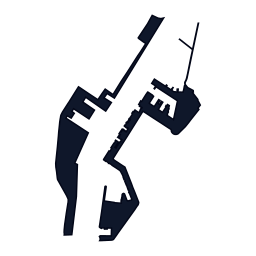 Police Department Port Said Port, Bur Sa`id, Egypt
{"feature_id": "37247803B70757387881176", "entity_name": "Police Department Port Said Port", "entity_type": "district", "adm_level": 2, "iso_a3": "EGY", "parent_name": "Egypt", "parent_adm1": "Bur Sa`id", "projection": "robinson", "projection_center": [32.315, 31.253], "detail": "fine", "context": "isolated", "style": "filled", "palette": "ink", "viewbox_px": 256, "rotation_deg": 0, "n_neighbors": 0, "source": "geoboundaries", "source_scale": "gbopen_adm2", "svg_char_len": 5717}
<svg xmlns="http://www.w3.org/2000/svg" viewBox="0 0 256 256"><path d="M185.3,126.7L188.7,122.5L190.4,120.2L198.9,109.5L198.0,108.1L200.3,105.1L197.9,100.5L197.8,99.4L192.5,92.6L193.0,91.7L193.3,91.8L193.2,90.5L191.0,89.3L187.7,87.6L185.5,84.8L185.3,84.4L185.2,84.1L185.1,83.7L185.1,83.3L185.1,82.8L185.3,82.2L186.3,80.1L186.6,79.4L187.0,78.2L188.0,73.4L192.2,53.1L198.5,23.2L198.2,23.2L192.6,49.4L179.6,39.2L179.5,39.3L192.6,49.6L190.6,58.8L187.7,73.3L186.6,78.1L186.1,79.7L185.6,80.8L185.0,81.9L184.8,82.5L184.8,83.0L184.8,83.5L184.9,84.0L185.1,84.6L184.4,85.9L183.8,89.2L183.4,90.9L182.9,92.2L177.8,92.0L177.8,90.4L178.1,90.4L178.2,89.1L177.2,89.1L177.1,90.3L177.6,90.4L177.5,92.0L173.7,91.7L171.7,90.3L172.4,89.1L172.2,89.0L173.1,87.6L172.9,87.5L172.1,88.8L171.8,88.7L171.1,89.9L166.3,86.7L167.0,85.5L166.4,85.0L165.5,86.3L154.4,79.1L151.7,83.4L155.7,86.0L154.1,88.5L154.6,88.9L156.0,86.8L159.4,89.0L177.5,100.8L173.5,119.6L167.2,115.4L168.0,111.8L168.3,111.9L168.3,111.7L168.0,111.6L168.5,109.2L168.8,109.3L168.9,109.0L168.6,109.0L169.3,105.6L167.5,104.5L166.7,105.9L166.1,105.5L165.6,106.4L166.1,106.9L162.5,112.4L158.3,109.5L162.8,102.2L161.4,101.3L159.5,104.5L158.1,103.5L160.0,100.4L158.7,99.6L156.1,103.7L154.2,106.6L149.3,103.4L149.3,103.1L153.6,96.4L153.5,96.1L152.6,95.6L152.5,95.1L147.8,92.0L147.7,92.0L145.7,94.9L141.6,101.5L140.7,100.9L138.7,104.5L139.9,105.2L139.4,106.2L141.3,107.4L141.7,107.3L142.0,107.7L141.6,108.4L141.1,108.2L140.0,110.2L140.2,110.5L138.9,112.6L136.6,111.2L135.0,110.0L134.4,111.1L134.2,111.0L133.8,111.7L134.1,111.9L134.0,112.1L133.0,111.6L131.9,113.2L132.6,113.8L130.5,117.2L130.4,117.2L129.6,118.4L130.4,119.2L130.3,119.4L129.1,118.7L128.8,119.1L129.9,120.4L129.6,120.8L128.6,120.2L127.5,121.7L128.3,122.4L127.9,122.9L126.5,122.2L126.0,123.0L126.5,123.5L125.1,125.8L124.8,125.6L124.7,125.4L124.4,125.8L124.6,125.9L125.0,126.0L124.7,126.5L125.7,127.1L125.7,127.3L127.3,128.4L127.6,128.3L127.8,127.9L128.2,128.1L128.2,128.5L126.1,131.9L124.7,131.0L124.8,130.8L125.0,130.8L125.1,130.7L124.5,130.3L124.4,130.5L124.6,130.6L124.4,130.8L123.3,130.2L123.7,129.6L123.0,129.1L122.8,129.5L123.2,129.8L123.1,130.0L122.6,129.6L122.4,129.8L122.5,129.9L122.2,130.4L121.9,130.2L122.3,129.5L122.0,129.3L121.1,130.7L121.4,130.9L121.8,130.4L122.0,130.6L121.2,131.8L120.5,131.4L119.0,133.8L120.2,134.6L119.3,135.8L119.1,135.6L118.9,136.0L118.7,135.9L118.4,136.3L119.6,137.0L119.1,137.7L118.0,137.0L117.7,137.3L121.3,139.7L121.6,139.3L121.9,139.5L119.9,142.4L119.6,142.2L116.1,148.1L114.8,147.3L118.2,142.2L118.1,141.8L115.8,140.3L115.7,140.6L115.5,140.4L115.1,141.1L115.3,141.7L114.4,143.3L114.0,143.1L112.6,145.2L110.9,147.8L111.8,148.4L109.8,151.4L109.0,150.9L103.6,159.4L103.6,159.6L103.6,159.8L105.7,161.3L106.0,161.0L108.7,163.0L108.8,163.1L108.7,163.4L108.8,163.4L109.0,163.3L109.4,163.5L109.5,163.3L111.8,164.9L112.0,165.2L112.0,165.3L116.2,168.0L119.6,170.3L120.1,170.7L120.4,171.2L120.7,171.6L121.9,173.9L122.1,173.9L122.2,174.2L122.3,174.6L123.4,177.2L123.2,177.3L124.1,179.8L124.4,179.8L124.6,179.9L124.8,180.1L125.0,180.4L125.1,180.7L125.0,181.1L124.8,181.3L126.2,184.8L126.4,184.7L128.1,189.7L128.4,189.5L129.2,191.9L128.7,192.2L128.8,192.5L129.1,192.4L131.9,199.5L131.6,199.9L128.2,200.9L127.7,200.8L127.3,200.7L127.0,200.4L126.8,200.0L124.6,194.1L124.4,193.8L124.1,193.6L123.8,193.5L123.5,193.4L123.2,193.5L122.7,193.8L122.4,194.1L122.2,194.4L122.0,196.4L122.4,196.4L122.2,197.8L121.7,197.8L121.6,198.4L122.2,198.5L121.9,199.9L121.2,199.8L121.1,200.9L121.3,200.9L121.0,203.2L114.1,202.7L114.1,202.4L112.0,202.1L104.5,201.0L104.4,201.2L104.2,201.1L104.2,200.5L104.3,200.5L106.2,186.7L106.1,186.4L105.9,186.3L105.8,186.2L105.6,186.2L105.4,186.2L105.2,186.3L105.0,186.5L101.6,212.0L101.4,213.3L100.2,221.4L99.7,224.8L99.4,226.5L99.4,226.9L99.5,227.2L99.8,227.5L100.1,227.6L100.6,227.6L100.8,227.7L100.9,227.8L100.8,228.1L101.0,228.2L101.3,228.3L101.5,228.4L101.7,228.2L101.7,227.9L104.6,228.0L104.5,229.1L107.2,229.0L107.1,228.0L111.5,228.1L111.3,235.9L100.2,235.8L99.4,236.5L99.7,237.1L99.9,237.5L100.1,238.1L100.1,238.7L100.2,239.3L100.1,239.8L100.0,240.0L99.7,240.6L100.4,240.6L111.4,240.1L112.6,239.9L113.2,239.6L113.6,239.3L114.0,238.7L116.3,235.5L117.8,233.3L119.5,230.9L129.7,216.7L134.8,209.6L136.8,206.5L138.1,204.8L138.4,203.9L138.7,202.8L138.6,202.0L138.3,201.3L135.0,192.8L132.7,187.2L131.5,183.8L124.9,167.1L122.5,165.6L117.1,162.0L115.4,160.9L114.5,160.3L113.7,159.6L113.3,159.1L113.2,158.6L113.3,158.2L117.8,151.0L127.5,135.9L142.9,111.3L144.3,112.1L145.6,112.9L153.5,118.1L160.5,122.6L169.2,128.3L171.1,129.5L171.3,130.4L171.4,131.3L171.6,131.9L172.0,132.5L172.7,133.3L173.7,134.0L175.0,134.4L176.3,134.4L177.4,134.1L178.2,133.7L178.6,133.3L185.3,126.7ZM64.2,235.0L71.8,234.7L76.4,196.5L77.4,164.5L74.7,163.2L88.3,132.8L65.9,118.1L67.2,115.8L71.2,118.1L74.3,113.3L71.9,111.4L73.6,108.7L89.0,118.9L94.5,110.1L82.8,102.0L85.7,97.2L105.7,111.1L111.4,102.5L104.0,97.9L107.1,93.5L114.4,98.1L163.6,18.0L160.9,18.6L158.0,18.1L152.2,15.4L147.5,23.9L138.9,36.8L138.2,37.9L138.7,38.5L143.2,41.8L145.2,43.1L145.4,43.4L145.6,43.9L145.3,44.3L140.3,52.1L137.8,55.7L127.0,72.6L121.0,81.6L113.4,93.9L112.9,94.4L112.5,94.2L105.2,89.1L102.0,93.6L97.9,99.7L90.9,95.1L84.5,90.8L79.9,87.7L78.5,86.8L69.0,102.0L68.1,103.3L65.4,107.5L62.4,112.2L61.4,114.2L61.0,115.0L60.7,116.0L60.4,118.0L60.2,118.9L59.7,122.3L59.4,125.5L58.7,132.1L58.4,136.1L57.4,147.1L55.7,163.4L55.9,167.2L56.6,171.7L57.3,178.0L57.5,179.1L57.6,179.6L57.9,180.1L65.7,194.0L66.8,196.0L67.4,197.4L67.9,198.4L68.1,199.1L68.2,199.5L68.2,200.7L68.1,202.4L67.9,203.3L67.5,205.9L66.3,213.4L65.5,219.1L64.7,224.6L64.2,229.7L64.1,232.3L64.2,233.1L64.3,233.9L64.2,235.0Z" fill="#0f172a" stroke="#020617" stroke-width="1.5"/></svg>